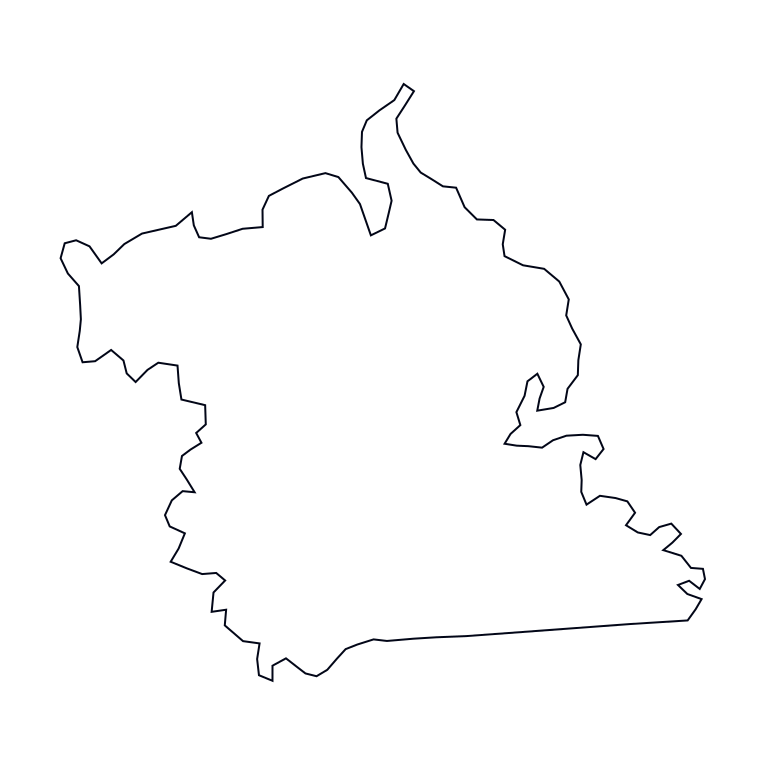 Bandeirante, Santa Catarina, Brazil (orthographic projection), rotated 92°
{"feature_id": "56859067B94974109827372", "entity_name": "Bandeirante", "entity_type": "district", "adm_level": 2, "iso_a3": "BRA", "parent_name": "Brazil", "parent_adm1": "Santa Catarina", "projection": "orthographic", "projection_center": [-53.655, -26.766], "detail": "fine", "context": "isolated", "style": "outline", "palette": "ink", "viewbox_px": 768, "rotation_deg": 92, "n_neighbors": 0, "source": "geoboundaries", "source_scale": "gbopen_adm2", "svg_char_len": 2270}
<svg xmlns="http://www.w3.org/2000/svg" viewBox="0 0 768 768"><g transform="rotate(92 384 384)"><path d="M609.7,72.3L598.3,64.7L587.9,59.1L583.3,73.5L574.6,83.2L570.0,72.2L577.8,61.3L567.8,56.4L557.6,58.8L557.1,70.8L545.3,80.8L540.3,99.1L532.5,90.3L523.5,82.0L513.5,92.0L517.4,104.0L525.7,112.7L523.5,125.2L516.7,137.2L503.9,128.6L492.8,136.7L489.9,148.6L488.2,164.3L497.5,177.4L484.9,183.1L473.1,183.1L458.1,185.0L445.2,182.3L451.7,169.9L441.3,162.3L428.4,168.4L427.8,183.5L429.3,199.9L434.3,213.1L442.1,223.8L441.1,237.5L441.0,249.2L439.5,261.4L429.5,255.8L420.3,246.3L407.5,250.7L390.9,243.1L376.3,240.7L368.4,231.1L381.3,224.3L393.1,228.0L405.3,229.9L402.0,213.6L395.9,202.3L382.4,200.4L368.4,190.6L353.4,190.6L337.5,188.7L322.0,197.9L309.1,204.3L293.0,202.3L275.5,212.4L263.3,228.0L260.5,249.2L252.0,268.0L240.2,270.2L225.6,268.3L216.3,280.3L216.3,296.9L204.5,309.6L185.3,318.8L184.4,332.0L177.0,344.7L171.4,354.7L162.7,362.3L149.2,370.4L132.4,379.2L118.4,380.9L104.9,372.8L90.3,364.3L83.5,374.8L99.9,383.6L110.6,398.0L121.1,410.4L132.8,414.8L148.1,414.8L164.6,412.8L178.8,409.2L183.8,387.2L200.6,382.8L212.8,385.2L228.5,388.4L235.9,402.3L220.2,408.4L205.0,414.3L193.9,422.8L178.8,436.8L175.3,449.9L181.5,472.4L192.2,491.9L200.0,505.6L214.0,511.5L231.4,510.7L233.8,530.7L239.7,546.8L244.9,562.0L243.8,573.9L232.1,579.6L219.0,582.0L233.2,597.6L237.1,612.3L242.1,631.1L253.2,648.4L263.9,658.7L273.3,670.4L256.7,683.1L251.1,696.7L254.5,708.0L269.6,711.6L284.6,703.8L296.8,692.3L316.0,690.4L329.9,689.2L341.5,689.9L357.8,691.8L372.8,686.0L371.3,673.5L359.5,657.9L369.6,645.2L382.4,641.5L390.7,632.3L378.1,620.8L370.6,610.3L372.8,591.0L390.3,589.1L406.6,585.9L411.4,562.0L430.6,560.7L439.5,570.0L449.1,564.4L456.3,575.1L463.0,583.4L475.9,585.2L486.3,577.8L498.8,569.5L498.1,581.5L507.7,592.0L522.7,598.3L533.8,593.2L540.2,577.8L555.6,583.5L569.1,591.0L575.2,574.4L580.3,559.1L578.7,545.1L585.9,535.9L598.3,547.1L617.7,548.3L615.1,533.9L630.8,534.7L645.9,515.9L647.6,499.3L663.3,501.2L679.4,498.8L684.5,485.1L669.4,485.6L661.6,472.4L669.2,461.9L676.0,452.4L678.4,441.2L671.6,430.7L660.3,421.6L650.3,413.1L645.3,401.6L639.6,385.5L640.7,372.1L637.5,345.5L635.3,322.8L633.1,293.2L621.4,185.5L615.3,129.6L609.7,72.3Z" fill="none" stroke="#020617" stroke-width="2"/></g></svg>